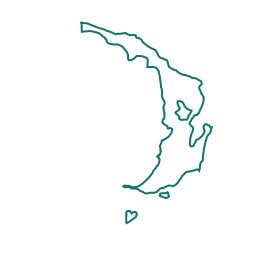 outline of Baku City, Bakı, Azerbaijan, rotated 111°
{"feature_id": "54616110B61947743987915", "entity_name": "Baku City", "entity_type": "district", "adm_level": 2, "iso_a3": "AZE", "parent_name": "Azerbaijan", "parent_adm1": "Bakı", "projection": "equal_earth", "projection_center": [49.825, 40.136], "detail": "fine", "context": "isolated", "style": "outline", "palette": "teal", "viewbox_px": 256, "rotation_deg": 111, "n_neighbors": 0, "source": "geoboundaries", "source_scale": "gbopen_adm2", "svg_char_len": 5335}
<svg xmlns="http://www.w3.org/2000/svg" viewBox="0 0 256 256"><g transform="rotate(111 128 128)"><path d="M38.7,154.0L39.0,155.2L39.3,156.4L39.9,157.9L40.7,159.7L40.7,160.6L40.6,161.7L40.2,164.5L41.4,166.5L42.3,168.1L43.2,170.0L43.8,171.6L45.0,173.2L44.6,176.3L44.6,178.1L44.6,178.6L44.6,180.7L44.8,182.8L44.6,185.2L44.7,187.7L45.1,191.3L45.0,194.6L45.1,199.1L44.9,201.4L45.0,203.3L45.4,205.2L46.0,206.8L46.0,208.7L46.5,209.5L48.0,208.5L49.3,207.6L51.0,207.3L52.4,206.6L53.4,206.2L54.7,205.6L53.6,203.4L52.9,202.1L52.0,199.9L51.1,198.6L50.6,195.9L50.4,194.3L50.1,193.0L50.1,191.4L49.9,189.3L50.4,187.3L50.9,185.8L51.6,184.4L51.8,182.4L52.8,181.3L53.2,179.9L54.6,179.0L55.7,177.6L55.9,175.8L55.7,174.1L55.0,170.5L53.7,168.2L53.7,165.4L53.8,163.0L54.8,160.9L55.8,159.2L57.4,156.3L58.9,155.0L60.1,153.8L63.2,153.0L64.4,151.3L63.3,149.0L60.3,146.8L57.7,145.7L56.4,142.2L55.9,140.3L55.9,139.2L55.9,137.5L55.8,136.3L56.0,135.3L56.9,134.3L58.6,133.6L59.8,133.1L61.1,132.8L62.1,132.3L63.4,131.9L64.2,131.8L63.9,130.9L63.2,129.1L62.3,127.2L61.8,125.0L61.7,122.9L63.0,120.9L64.1,119.5L65.6,119.0L66.8,117.9L68.3,116.9L70.5,115.8L71.6,115.1L73.3,114.2L75.5,113.0L78.1,111.8L79.5,110.4L81.8,109.4L82.5,108.9L83.3,108.5L84.3,108.1L85.2,108.2L86.2,107.8L87.2,106.9L88.1,106.2L89.0,105.1L89.5,104.4L90.3,103.4L91.3,102.7L92.8,102.4L94.0,102.5L95.5,102.5L96.8,102.1L97.4,101.4L98.7,100.9L99.9,100.4L100.5,99.6L101.9,99.1L103.4,98.5L104.3,98.0L105.5,97.8L106.7,97.8L107.5,98.4L109.0,98.2L110.1,98.1L111.0,97.1L111.2,96.2L111.9,94.2L111.9,93.3L112.3,91.8L113.1,91.3L114.2,90.7L114.1,90.1L112.9,88.7L112.8,87.5L113.1,86.3L114.0,86.0L114.6,86.1L115.5,85.9L116.5,85.7L117.5,85.8L118.6,86.1L120.0,86.4L121.1,86.8L122.0,87.2L123.0,87.9L123.9,88.5L124.7,89.1L125.6,90.2L126.6,90.4L127.1,91.4L127.5,92.0L128.2,91.9L129.2,91.6L130.3,91.6L131.3,91.7L132.7,91.8L133.2,91.7L134.0,91.5L134.5,91.2L135.2,90.5L136.0,90.0L137.2,89.9L137.7,89.1L138.7,89.1L139.7,88.7L140.0,88.7L140.7,88.9L141.8,88.9L142.0,89.2L142.3,89.6L142.6,90.0L142.7,89.9L142.9,89.7L143.1,89.4L143.8,89.3L143.9,89.6L144.3,90.2L144.5,89.8L144.7,89.2L144.8,88.6L145.0,88.2L145.4,87.6L146.3,87.3L146.8,87.0L148.3,86.7L149.0,86.6L150.4,86.6L151.1,86.7L151.9,86.7L152.8,87.0L153.2,87.3L153.8,87.5L154.5,87.6L155.3,87.7L155.8,87.9L156.6,88.1L157.2,88.4L157.9,88.9L158.5,88.9L159.6,89.0L161.0,89.1L162.4,89.4L164.5,90.0L165.9,90.4L167.5,91.1L170.4,92.4L171.7,93.1L174.1,94.1L175.7,95.2L177.3,96.3L178.5,97.2L179.2,98.0L180.1,99.3L181.0,100.9L181.7,102.5L181.7,104.6L181.7,106.1L182.1,107.2L182.4,108.2L182.7,109.4L183.0,110.7L184.2,111.4L184.3,111.1L184.3,110.2L184.2,108.6L183.4,108.0L183.0,107.2L182.8,105.9L183.0,105.2L182.9,104.5L182.8,103.9L183.3,103.0L183.0,102.4L182.8,101.7L182.2,100.3L181.6,98.2L181.6,96.5L182.3,94.6L182.3,92.5L182.4,90.8L182.9,88.3L181.9,86.2L180.6,84.3L180.0,82.8L179.3,80.9L178.4,79.3L177.1,78.0L175.3,77.3L173.4,76.4L171.8,74.8L171.4,73.1L170.6,72.9L169.0,71.4L167.1,69.3L166.4,67.0L166.2,65.1L164.4,63.5L162.7,62.5L160.5,61.7L158.1,61.3L155.2,60.5L152.9,60.0L151.0,59.0L148.6,58.1L147.4,56.9L146.5,54.7L145.3,53.1L144.4,51.7L143.1,50.3L142.2,49.0L141.7,48.0L142.5,46.3L140.2,46.4L136.1,47.6L133.1,47.5L131.8,46.4L127.6,47.9L124.7,48.5L120.5,49.6L113.8,50.6L113.1,50.7L111.6,50.8L109.9,51.0L108.1,51.1L106.7,50.9L105.4,50.6L104.5,50.2L103.5,49.4L102.7,49.5L101.4,49.7L99.9,50.0L98.4,50.0L97.3,50.1L97.9,50.9L97.3,52.0L96.6,53.2L96.6,54.5L96.3,56.2L97.0,57.4L98.0,57.8L98.9,57.9L99.6,57.9L100.5,57.7L101.8,56.8L103.0,55.5L104.7,55.3L106.7,55.4L108.2,55.8L109.8,56.4L111.3,57.2L112.5,58.0L114.2,59.3L115.0,60.1L116.9,60.0L119.3,60.5L120.8,60.4L121.5,60.9L122.3,61.9L122.6,62.8L122.3,63.4L121.0,64.4L119.3,64.8L117.9,65.5L115.7,66.0L113.6,66.3L111.0,66.6L109.0,66.5L106.5,66.6L105.2,67.0L103.7,68.2L103.7,69.4L102.0,72.0L100.3,72.1L98.5,71.9L97.1,71.7L95.7,71.5L94.7,70.8L92.7,70.5L91.8,69.7L90.8,67.9L89.8,67.9L88.1,67.0L86.1,67.3L81.8,66.8L80.9,66.9L79.4,66.9L77.7,67.0L76.4,67.1L74.4,67.5L72.5,68.2L70.5,70.4L70.0,71.3L69.0,72.5L66.6,74.4L66.1,75.2L65.0,76.1L63.2,76.2L62.3,75.7L61.6,75.1L60.1,75.0L59.0,75.8L58.1,76.7L57.9,78.5L57.7,80.6L57.3,82.8L58.3,86.1L57.7,88.3L58.0,90.6L58.0,93.5L58.5,95.5L58.6,97.7L58.2,100.7L57.0,103.6L57.2,106.3L56.6,110.3L56.1,111.7L54.7,112.9L53.6,113.6L51.8,115.0L51.1,115.4L50.8,117.4L50.6,119.6L50.9,122.7L50.0,125.0L48.4,126.7L47.0,128.1L45.6,130.1L45.4,131.7L45.3,132.6L45.2,134.7L44.8,136.6L44.6,138.9L43.9,140.7L43.4,142.5L42.7,144.9L41.2,146.5L40.4,148.1L40.2,150.1L40.7,152.5L40.0,153.2L38.7,154.0ZM92.9,75.3L94.1,75.9L95.6,75.6L98.0,75.7L99.2,76.0L99.8,78.2L100.3,79.0L101.3,81.0L101.3,83.1L100.0,84.1L98.9,84.2L98.5,85.0L97.8,87.1L97.0,88.8L96.5,89.2L95.2,88.5L93.6,87.3L92.3,86.7L91.1,86.7L90.2,87.8L88.7,89.2L87.6,90.5L85.3,91.2L84.1,88.8L84.5,86.1L85.7,84.6L87.1,83.2L88.0,81.7L88.8,80.0L89.1,77.8L89.0,76.6L89.1,74.9L89.9,75.0L91.6,75.1L92.9,75.3ZM209.4,98.4L212.0,97.7L216.5,95.9L217.3,95.2L215.7,93.7L212.7,91.7L210.0,89.9L208.5,89.0L206.3,88.7L204.7,89.2L203.6,90.9L204.7,92.9L205.5,93.5L206.5,94.1L205.9,94.6L204.9,96.4L204.9,96.9L205.1,97.1L205.9,99.0L207.8,99.4L209.4,98.4ZM178.6,74.3L179.8,74.1L180.1,73.2L179.8,71.6L179.8,70.2L179.9,67.9L178.8,66.0L177.2,65.2L175.8,66.5L174.5,67.1L173.8,67.9L174.6,68.1L175.0,69.2L175.4,69.8L176.5,72.4L177.6,74.3L178.6,74.3Z" fill="none" stroke="#0f766e" stroke-width="2"/></g></svg>